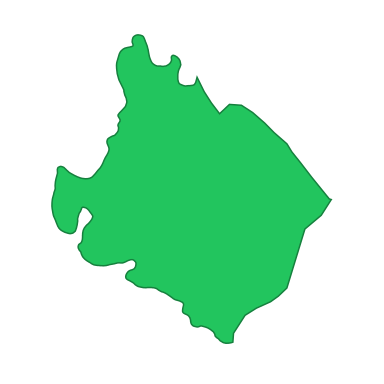 outline of Onsong, Hamgyŏng-bukto, North Korea, rotated 287°
{"feature_id": "82179303B70197071761439", "entity_name": "Onsong", "entity_type": "district", "adm_level": 2, "iso_a3": "PRK", "parent_name": "North Korea", "parent_adm1": "Hamgyŏng-bukto", "projection": "orthographic", "projection_center": [129.959, 42.885], "detail": "fine", "context": "isolated", "style": "filled", "palette": "green", "viewbox_px": 384, "rotation_deg": 287, "n_neighbors": 0, "source": "geoboundaries", "source_scale": "gbopen_adm2", "svg_char_len": 5861}
<svg xmlns="http://www.w3.org/2000/svg" viewBox="0 0 384 384"><g transform="rotate(287 192 192)"><path d="M225.5,327.4L225.5,325.3L241.2,302.0L251.6,287.4L259.5,275.8L265.8,268.7L272.8,253.1L279.2,241.3L285.7,226.8L289.4,213.9L286.7,202.2L274.9,195.5L282.9,184.4L291.5,174.3L303.2,163.3L297.9,163.5L297.0,163.3L296.2,163.1L295.5,162.8L295.0,162.5L294.3,161.6L293.0,158.7L292.6,157.3L292.0,156.1L291.8,155.5L291.5,155.0L291.4,154.6L291.3,153.7L291.3,152.3L291.6,149.4L291.9,148.1L292.3,147.7L293.6,146.6L295.6,145.5L299.8,144.2L301.2,143.9L303.9,143.6L305.7,143.7L307.6,144.0L310.4,144.1L311.6,143.4L312.1,143.2L314.0,142.1L315.4,140.6L315.7,140.1L316.3,139.0L316.7,138.3L317.3,135.8L317.3,135.3L317.3,134.3L317.1,133.8L316.9,133.5L316.5,133.2L316.0,132.9L315.5,132.8L314.9,132.8L314.3,133.0L312.9,133.6L312.3,133.8L311.7,133.9L310.2,133.8L308.1,133.1L307.7,132.8L306.2,131.6L305.3,130.7L304.9,130.2L304.5,129.5L304.3,128.8L303.9,128.2L303.5,127.0L303.3,125.9L303.2,124.8L302.8,123.7L302.7,123.2L302.5,122.8L302.3,121.9L302.3,121.5L302.4,119.9L302.9,118.0L303.5,116.6L303.9,116.0L304.0,115.8L305.4,114.4L306.4,113.6L307.5,112.7L308.8,111.8L312.1,110.0L315.5,108.3L316.5,107.6L318.3,106.6L321.5,104.1L322.0,103.6L322.8,103.1L324.6,101.7L325.9,100.5L326.4,99.9L326.8,98.8L326.9,97.1L326.8,96.3L326.6,94.9L326.2,93.7L325.8,93.0L325.2,92.2L324.2,91.3L323.2,90.7L322.7,90.5L322.2,90.4L320.5,90.4L318.7,90.7L317.6,91.1L316.6,91.9L315.6,92.6L314.8,92.8L314.3,92.7L313.9,92.4L313.2,91.4L312.1,89.6L311.7,88.7L309.9,85.7L308.4,84.3L306.8,83.3L305.4,82.6L303.9,82.3L302.6,82.1L294.2,82.2L292.7,82.4L290.9,82.8L289.0,83.5L288.6,83.6L283.3,85.9L280.0,88.0L279.6,88.2L277.6,89.6L270.8,96.0L269.6,97.0L268.2,97.5L265.7,99.0L264.8,99.6L263.5,100.8L262.4,101.7L261.8,102.0L259.5,103.2L258.9,103.4L257.5,103.5L256.6,103.4L255.3,103.4L254.3,103.3L253.1,102.8L249.1,100.9L246.6,99.6L244.9,99.0L244.5,98.8L244.1,98.8L243.4,98.9L242.9,99.2L242.4,99.7L241.7,100.5L241.0,101.2L240.4,101.8L240.1,102.1L239.7,102.2L238.9,102.4L238.5,102.4L237.5,102.2L236.0,101.7L234.9,101.6L234.2,101.7L233.8,101.8L232.2,102.9L231.6,103.1L231.0,103.2L229.4,103.5L228.2,103.4L226.6,102.9L224.9,102.1L224.5,102.0L223.6,101.4L223.1,100.9L222.7,100.2L221.8,99.1L220.4,97.7L219.9,97.3L219.4,96.8L218.4,96.1L217.6,95.8L215.7,95.8L214.1,96.4L213.5,96.8L210.8,99.0L210.3,99.4L209.1,100.0L208.0,100.3L207.5,100.4L205.1,100.3L202.4,99.8L199.8,99.1L196.5,98.6L194.1,98.4L192.0,98.1L190.6,97.8L188.4,97.2L187.5,96.8L185.2,95.7L181.1,94.1L178.2,92.7L177.0,92.0L176.6,91.7L175.2,90.1L174.2,88.2L174.0,87.6L173.5,86.3L172.9,82.9L172.8,80.8L172.9,79.8L173.0,77.7L173.3,76.2L173.3,75.6L173.6,74.1L173.7,73.5L173.9,72.8L174.2,71.2L174.8,68.8L175.7,67.0L176.2,65.8L177.0,64.4L177.2,63.9L177.9,62.6L178.1,62.0L178.2,60.8L178.2,59.7L178.1,59.0L177.9,58.5L177.4,57.9L176.5,56.9L176.1,56.7L175.7,56.6L174.2,56.6L170.9,57.8L170.5,57.9L164.6,58.1L161.8,58.4L158.1,59.2L156.2,59.9L155.6,60.1L155.4,60.2L154.0,60.3L151.0,60.2L149.5,60.4L145.2,60.5L143.6,60.7L140.7,61.3L137.5,62.2L135.1,63.2L131.3,65.1L129.3,66.2L128.3,66.9L125.3,69.5L122.7,71.5L119.8,73.9L119.1,74.8L118.7,75.1L117.8,76.6L117.3,77.7L117.1,78.2L116.6,80.5L116.4,81.7L116.3,82.3L116.3,85.6L116.4,87.0L116.6,87.8L117.3,89.2L118.0,90.2L119.6,91.3L120.4,91.8L121.6,91.9L123.9,92.0L125.0,91.9L126.9,91.8L130.8,91.2L133.0,90.4L135.6,90.3L138.6,90.3L139.0,90.4L139.8,90.7L140.7,91.0L142.2,91.1L142.9,91.2L144.1,91.2L144.8,91.3L145.2,91.6L145.6,92.1L145.7,92.8L145.8,94.4L145.8,95.2L145.4,96.6L145.2,97.1L144.2,98.9L143.4,99.8L142.0,101.8L141.0,103.1L139.9,104.2L138.9,104.3L138.3,104.3L136.9,104.2L135.8,103.9L134.3,103.4L132.2,102.5L131.2,102.0L130.2,101.3L129.1,100.7L128.6,100.5L126.3,99.6L125.1,99.4L123.4,99.2L121.5,99.4L120.5,99.5L119.7,99.8L118.9,99.9L116.9,100.5L114.7,101.0L113.2,101.1L111.9,101.0L111.2,100.8L110.5,100.5L110.0,100.0L109.3,99.6L108.8,99.1L108.2,99.0L107.4,99.0L106.8,99.0L106.1,99.2L105.6,99.4L104.9,99.8L104.1,100.6L103.4,101.2L102.2,103.1L101.6,103.6L101.0,103.9L99.8,104.8L98.1,106.4L97.2,107.8L96.5,109.0L95.6,111.3L95.4,112.1L95.0,113.6L94.8,114.3L94.7,115.2L94.1,116.8L93.7,119.1L93.7,119.9L94.1,122.9L94.5,124.3L94.7,125.6L94.9,126.3L95.3,127.7L95.4,128.4L95.6,129.0L96.7,131.7L96.9,131.9L97.8,133.5L98.4,134.3L100.6,138.6L102.4,141.5L103.0,143.1L103.4,144.9L104.0,146.6L104.4,147.1L104.9,147.8L106.0,149.1L107.6,150.7L108.6,152.1L109.4,153.3L109.8,154.5L109.9,155.2L109.8,156.2L109.6,156.7L109.2,157.3L108.8,158.2L108.4,158.6L108.0,159.0L106.8,159.5L105.4,159.7L103.7,159.8L101.9,159.2L101.4,158.9L101.0,158.5L100.2,157.6L99.1,155.9L98.2,155.0L97.8,154.6L97.2,154.2L95.6,153.6L94.9,153.4L93.7,153.2L93.1,153.2L91.9,153.3L91.4,153.5L90.5,153.9L90.0,154.5L89.7,155.0L89.3,156.0L89.2,156.6L88.9,158.5L88.1,161.9L87.7,163.1L86.8,164.7L86.2,166.6L85.9,168.1L86.0,169.9L86.3,173.2L86.6,174.5L87.1,176.2L87.7,177.5L88.8,181.1L89.0,182.6L89.2,183.2L89.3,184.0L89.3,184.7L89.3,185.9L89.2,186.6L88.4,188.9L87.7,192.1L87.8,193.5L87.7,194.6L87.5,195.9L87.1,197.8L86.8,198.7L86.0,201.3L84.9,204.5L84.5,205.4L84.3,206.5L84.1,207.4L84.2,211.9L83.7,215.0L83.2,215.9L82.8,216.3L82.3,216.7L81.2,217.0L78.2,217.2L76.4,217.5L75.3,217.8L74.9,218.0L74.2,218.6L73.8,219.3L73.5,220.4L73.1,223.3L73.0,223.8L72.8,224.3L72.3,225.3L71.9,225.8L71.0,226.8L70.0,227.5L69.0,228.1L67.7,228.6L66.3,229.4L65.3,230.3L64.4,231.9L64.3,232.6L64.2,233.1L64.4,236.0L64.5,236.6L65.1,237.8L66.4,239.4L66.6,240.1L66.7,240.6L66.8,244.8L66.6,247.1L66.2,248.7L66.0,249.5L64.6,253.2L64.1,253.9L63.0,255.0L62.5,255.5L61.4,256.0L61.0,256.3L60.7,256.7L59.9,258.3L59.4,260.1L59.0,260.8L58.1,262.2L57.9,262.7L57.4,264.8L57.2,265.5L57.1,266.2L57.3,268.8L57.6,269.5L58.1,271.0L58.8,272.6L59.1,273.0L59.3,273.5L60.3,275.0L69.1,273.0L89.6,278.8L99.8,287.6L110.0,299.2L117.6,305.0L127.9,310.8L189.6,310.8L207.5,322.4L225.5,327.4Z" fill="#22c55e" stroke="#15803d" stroke-width="1.5"/></g></svg>